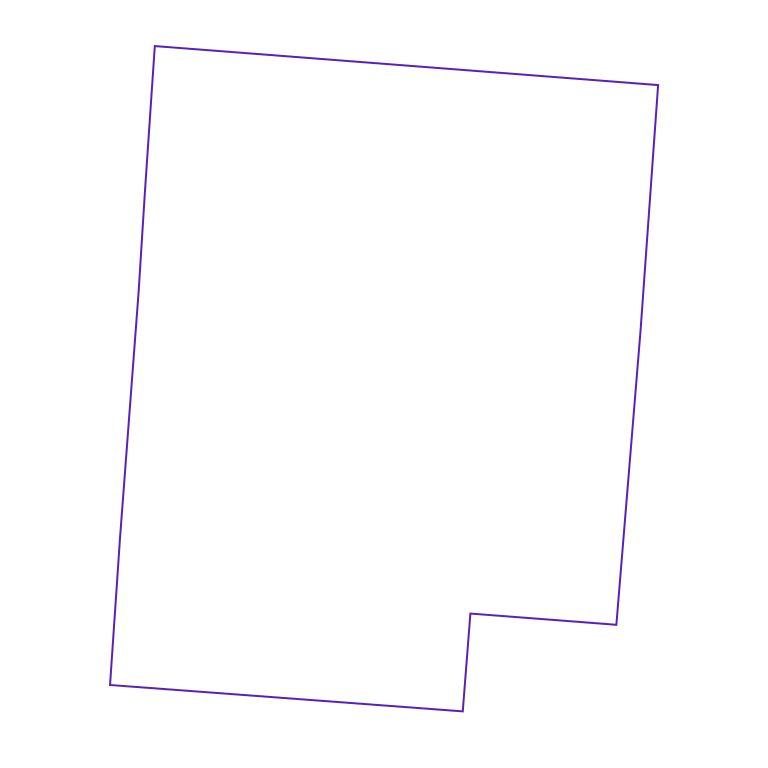 Greenwood, Kansas, United States of America (Albers equal-area conic projection), rotated 184°
{"feature_id": "52423323B21411074384100", "entity_name": "Greenwood", "entity_type": "district", "adm_level": 2, "iso_a3": "USA", "parent_name": "United States of America", "parent_adm1": "Kansas", "projection": "albers", "projection_center": [-96.223, 37.888], "detail": "fine", "context": "isolated", "style": "outline", "palette": "violet", "viewbox_px": 768, "rotation_deg": 184, "n_neighbors": 0, "source": "geoboundaries", "source_scale": "gbopen_adm2", "svg_char_len": 295}
<svg xmlns="http://www.w3.org/2000/svg" viewBox="0 0 768 768"><g transform="rotate(184 384 384)"><path d="M282.6,62.9L281.8,161.0L135.4,160.0L131.8,455.0L131.4,701.3L636.2,705.1L635.9,557.7L635.2,458.7L636.6,212.3L636.3,64.6L282.6,62.9Z" fill="none" stroke="#5b21b6" stroke-width="2"/></g></svg>